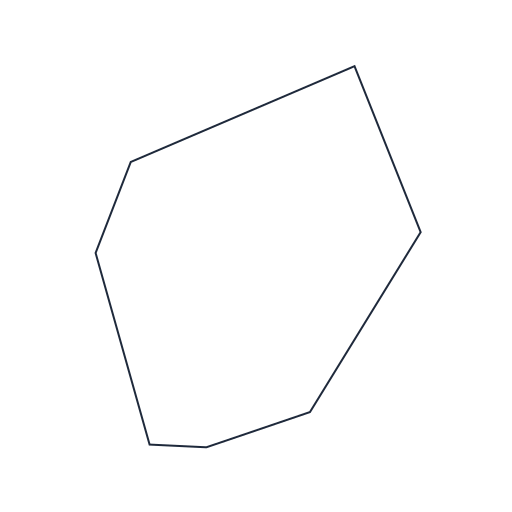 SVG path tracing the border of Niue, rotated 189°
{"feature_id": "NIU", "entity_name": "Niue", "entity_type": "country or territory", "adm_level": 0, "iso_a3": "NIU", "parent_name": "Oceania", "parent_adm1": "", "projection": "robinson", "projection_center": [-169.857, -19.052], "detail": "fine", "context": "isolated", "style": "outline", "palette": "slate", "viewbox_px": 512, "rotation_deg": 189, "n_neighbors": 0, "source": "natural_earth", "source_scale": "50m", "svg_char_len": 259}
<svg xmlns="http://www.w3.org/2000/svg" viewBox="0 0 512 512"><g transform="rotate(189 256 256)"><path d="M394.4,329.3L188.4,458.9L97.1,305.3L178.3,110.3L275.1,59.3L331.6,53.1L414.9,233.9L394.4,329.3Z" fill="none" stroke="#1e293b" stroke-width="2"/></g></svg>